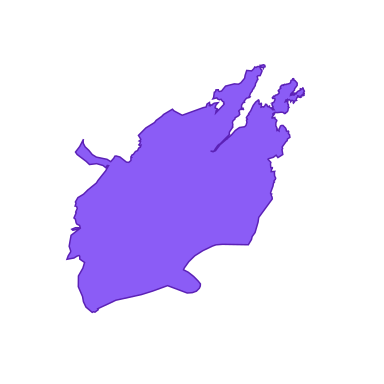 outline of Råde nor, Østfold, Norway, rotated 156°
{"feature_id": "86288312B77346500929668", "entity_name": "Råde nor", "entity_type": "district", "adm_level": 2, "iso_a3": "NOR", "parent_name": "Norway", "parent_adm1": "Østfold", "projection": "robinson", "projection_center": [10.836, 59.347], "detail": "fine", "context": "isolated", "style": "filled", "palette": "violet", "viewbox_px": 384, "rotation_deg": 156, "n_neighbors": 0, "source": "geoboundaries", "source_scale": "gbopen_adm2", "svg_char_len": 5936}
<svg xmlns="http://www.w3.org/2000/svg" viewBox="0 0 384 384"><g transform="rotate(156 192 192)"><path d="M91.4,196.4L85.4,199.9L84.3,200.1L83.2,201.6L80.3,202.1L79.6,204.7L80.2,206.2L79.1,207.8L79.3,208.6L80.6,208.7L81.0,209.6L80.6,210.3L80.5,212.2L81.8,215.8L83.3,216.4L84.4,216.3L87.4,213.3L87.7,212.4L88.3,213.4L89.3,213.6L88.5,214.6L89.0,214.7L88.4,216.2L88.5,218.4L87.2,221.2L85.5,222.6L85.4,223.1L86.4,225.2L86.0,226.4L88.4,226.8L88.7,227.0L88.3,227.4L88.4,227.8L85.3,229.6L86.5,230.0L86.4,230.5L83.7,231.0L82.0,229.9L78.0,228.6L76.3,227.6L75.7,226.1L74.6,225.8L74.4,226.3L72.5,226.5L71.4,227.2L69.9,229.4L68.9,229.9L69.5,230.8L68.6,232.0L68.3,232.9L68.7,233.4L68.5,234.3L67.5,236.0L70.2,236.5L68.6,237.9L68.1,237.4L67.1,237.8L67.0,236.9L65.6,236.9L64.9,235.4L65.1,234.3L63.7,235.1L62.8,234.6L62.4,233.9L63.3,232.3L63.2,231.9L61.8,232.6L61.4,233.4L59.5,233.2L59.7,233.5L58.1,235.3L57.1,235.7L56.3,236.9L55.4,236.3L55.7,235.2L54.6,234.3L53.9,234.3L54.1,234.8L53.4,235.4L52.5,235.0L52.2,235.8L51.2,235.4L50.8,234.7L50.4,234.8L50.6,235.4L51.6,235.8L50.0,236.6L49.5,236.2L49.4,236.5L50.0,236.7L49.8,237.4L48.3,238.4L48.5,240.9L48.2,241.6L48.5,242.0L49.2,241.4L50.5,241.5L51.4,241.0L50.6,242.0L51.0,242.3L51.8,241.0L54.9,240.9L57.0,239.3L57.4,239.4L56.9,240.2L58.0,240.3L59.1,239.1L60.2,239.5L59.9,241.1L58.8,241.1L59.6,241.7L61.7,240.0L62.2,240.3L61.3,240.9L62.5,240.5L62.0,241.3L56.9,243.4L56.4,244.5L52.6,246.6L51.6,248.7L52.6,251.9L53.4,252.5L53.0,253.7L53.2,254.3L53.9,254.5L55.0,253.5L56.2,253.6L57.5,251.8L59.0,251.5L61.5,251.9L62.2,252.4L61.9,252.1L62.4,251.9L63.6,252.7L65.2,252.2L65.6,252.5L65.3,252.8L66.6,253.0L68.4,252.3L68.9,251.5L68.6,250.8L71.9,249.6L71.8,248.8L72.6,248.5L71.7,248.4L71.6,247.9L72.4,246.8L74.5,246.2L76.5,246.5L77.6,245.8L78.4,246.4L80.3,245.4L80.3,244.7L78.3,243.8L78.6,242.6L80.5,240.8L82.6,240.7L82.2,240.4L83.5,239.2L83.3,236.7L84.1,236.1L83.6,233.8L84.8,234.3L85.1,235.0L84.9,236.5L85.7,236.4L86.7,238.1L86.0,239.7L86.9,238.3L88.2,239.3L88.2,241.6L89.1,242.2L88.8,242.5L89.1,242.4L89.6,241.6L91.9,240.4L92.4,241.1L94.4,241.4L92.7,244.1L92.7,245.0L92.1,245.2L94.4,244.5L95.0,245.2L93.8,247.5L93.6,248.8L93.9,249.1L94.4,248.3L95.0,248.8L97.2,248.3L100.9,246.2L105.3,242.3L108.4,240.5L108.4,239.7L109.0,239.4L108.7,239.1L109.5,239.5L111.9,238.0L112.2,237.6L111.8,236.6L112.1,236.3L111.9,235.9L113.0,235.5L113.5,233.3L115.6,230.9L117.4,230.2L122.4,231.6L127.4,230.6L132.9,228.0L147.1,223.8L153.7,220.2L156.4,220.2L158.4,221.9L156.2,220.5L154.3,220.5L154.4,221.0L153.3,221.8L149.6,224.0L147.7,224.6L147.2,224.3L139.2,227.5L138.8,227.1L138.9,227.6L133.7,229.5L134.3,229.4L134.4,229.8L133.4,231.6L128.3,234.7L128.5,235.1L127.3,236.9L126.8,239.1L125.7,240.3L123.1,241.2L122.4,242.3L118.5,242.7L116.8,243.5L116.7,244.7L116.1,245.7L116.5,246.5L116.2,247.1L114.2,247.8L111.6,246.7L111.5,245.8L111.4,246.8L113.6,247.7L112.5,248.6L111.9,247.5L111.4,247.8L112.6,248.7L111.2,251.4L108.9,252.8L106.8,252.4L107.8,252.8L107.4,253.8L104.1,255.5L101.0,255.0L101.1,255.6L100.2,255.6L100.5,256.2L98.5,258.4L96.1,259.7L94.7,261.2L93.6,261.3L93.2,262.0L91.0,263.4L89.8,265.3L87.9,266.6L87.2,267.6L86.1,267.9L85.4,271.1L84.3,271.3L82.4,270.6L79.0,273.8L78.5,274.9L79.2,275.8L79.1,277.5L78.7,278.0L78.1,278.1L78.1,277.7L76.4,276.9L76.5,275.9L75.3,276.9L74.3,276.7L74.0,278.1L74.8,279.1L76.7,279.5L78.5,279.0L78.0,279.7L78.2,280.0L79.0,279.1L81.3,280.0L82.8,279.7L83.8,280.7L85.5,279.4L88.3,278.4L92.6,280.8L96.0,277.0L97.7,274.5L102.9,271.9L105.7,271.6L109.4,273.6L118.3,275.1L124.0,272.2L126.2,272.7L126.8,273.9L126.4,274.7L128.5,275.6L129.7,274.1L131.0,274.1L133.8,269.6L135.1,268.6L131.0,267.9L130.8,266.6L129.4,265.1L127.8,264.9L127.2,262.3L126.4,261.3L126.7,259.9L127.1,259.8L127.1,259.1L138.2,254.5L136.8,256.5L135.0,257.2L135.3,258.1L136.6,259.1L136.5,259.9L134.7,261.7L131.9,263.0L135.6,264.1L138.0,263.7L138.6,263.2L139.4,263.9L140.2,263.3L141.0,263.9L140.3,264.5L139.6,266.7L142.4,266.3L144.6,263.9L147.3,264.5L169.7,266.1L175.5,273.5L176.2,275.6L186.4,274.4L188.9,273.4L195.6,272.0L198.0,270.7L208.1,269.3L217.9,265.5L217.3,261.0L217.9,260.4L219.5,260.1L218.5,259.1L219.8,257.5L221.4,256.7L221.0,255.7L219.6,255.5L221.0,253.9L222.7,253.9L224.9,252.0L227.2,252.0L230.3,250.2L231.6,250.3L233.4,249.0L233.2,248.3L233.7,248.5L235.0,245.6L237.7,244.8L239.7,245.9L243.6,253.3L246.7,255.8L247.9,256.1L249.7,254.7L253.9,252.8L256.3,256.4L265.2,262.8L267.9,266.8L269.3,272.0L271.3,276.8L271.5,280.7L270.5,283.3L269.6,284.4L276.1,279.2L282.2,275.9L281.7,273.0L276.2,263.0L274.5,258.8L267.6,256.7L262.5,252.4L260.9,249.3L258.6,250.7L257.5,250.0L262.2,246.5L273.2,240.8L275.7,239.1L286.2,236.3L292.0,234.1L298.5,233.3L302.6,230.3L302.5,229.0L304.5,226.7L303.9,226.4L303.3,225.1L303.5,223.7L306.5,220.9L306.3,220.1L310.4,216.3L309.6,214.6L310.4,211.0L310.2,209.4L308.3,207.2L308.7,204.4L309.4,204.2L309.5,204.9L310.2,205.6L313.0,206.8L317.0,206.9L316.4,205.5L309.6,204.2L320.1,201.6L326.3,192.4L326.8,187.4L327.3,186.6L331.1,184.0L333.6,181.4L326.7,179.7L322.8,180.2L321.0,179.9L320.7,179.0L321.8,176.3L318.8,171.3L322.7,166.8L329.9,161.5L334.4,151.7L334.5,141.1L335.8,135.9L335.7,130.0L332.1,122.6L330.7,122.7L329.5,121.7L325.6,122.6L325.7,123.7L305.5,124.1L280.2,118.9L268.3,117.5L252.4,116.4L237.5,101.7L232.6,99.9L228.3,99.6L224.4,101.1L222.7,102.7L221.7,104.6L222.6,108.2L224.9,114.3L228.1,120.3L231.4,124.4L230.0,125.7L223.2,129.7L215.4,132.6L205.9,134.0L195.4,134.3L191.6,134.0L185.4,131.8L162.0,120.9L157.0,124.4L155.2,126.8L150.9,129.3L143.9,137.6L141.4,141.6L121.5,153.0L120.9,154.8L121.0,156.3L120.6,157.9L120.2,157.9L120.8,158.6L120.4,159.5L115.6,164.5L114.1,166.8L112.8,167.5L113.1,167.8L112.3,169.0L110.8,169.6L109.9,170.6L110.0,173.1L108.7,176.5L108.0,177.2L111.4,178.4L110.1,180.5L109.2,180.7L108.7,181.6L110.1,182.2L108.9,185.7L107.9,187.0L109.3,190.9L108.8,191.3L103.5,190.6L100.2,191.4L99.5,188.5L93.8,189.3L92.5,194.2L91.6,194.7L91.4,196.4Z" fill="#8b5cf6" stroke="#5b21b6" stroke-width="1.5"/></g></svg>